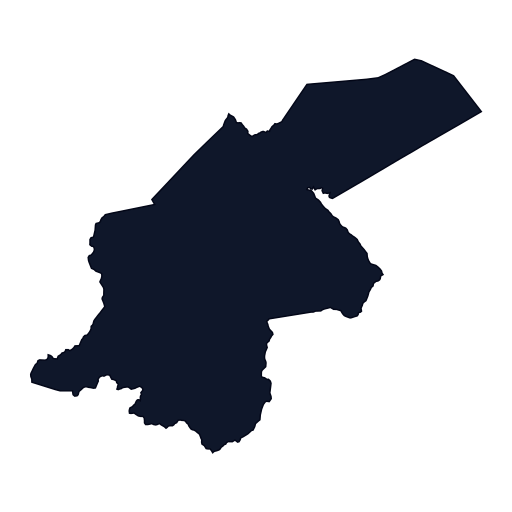 Codó, Maranhão, Brazil
{"feature_id": "56859067B76723264051142", "entity_name": "Codó", "entity_type": "district", "adm_level": 2, "iso_a3": "BRA", "parent_name": "Brazil", "parent_adm1": "Maranhão", "projection": "mercator", "projection_center": [-43.953, -4.619], "detail": "fine", "context": "isolated", "style": "filled", "palette": "ink", "viewbox_px": 512, "rotation_deg": 0, "n_neighbors": 0, "source": "geoboundaries", "source_scale": "gbopen_adm2", "svg_char_len": 5909}
<svg xmlns="http://www.w3.org/2000/svg" viewBox="0 0 512 512"><path d="M453.6,75.8L447.9,73.1L428.2,64.0L421.4,60.8L414.6,59.3L385.3,74.6L378.2,77.8L366.5,79.3L338.7,81.7L312.7,83.9L307.0,84.4L306.0,85.8L284.6,117.3L283.7,118.7L282.8,119.9L281.9,121.7L278.9,123.2L276.9,124.0L274.9,123.7L274.0,125.0L272.0,126.7L271.0,128.4L269.9,130.0L269.5,131.4L267.3,131.0L266.1,132.5L263.1,131.4L261.0,132.1L259.9,133.0L258.5,133.4L257.3,134.6L255.0,134.8L253.5,135.6L252.0,136.6L250.1,135.4L247.7,133.5L247.9,131.3L246.5,129.1L244.7,128.0L243.7,126.3L242.1,124.5L241.2,123.0L239.8,122.7L238.3,122.9L236.4,122.7L235.4,119.7L233.6,117.0L232.2,116.2L230.1,115.1L228.8,113.9L228.1,115.6L227.9,117.0L227.2,118.2L226.0,119.6L225.3,120.6L224.6,122.4L223.6,125.1L223.3,126.5L207.4,141.8L194.3,154.5L184.5,164.9L165.4,185.2L151.9,199.5L154.7,204.5L119.7,211.6L112.1,213.1L105.3,214.7L103.9,216.5L102.0,217.9L100.9,219.8L100.4,221.4L99.3,222.7L96.1,223.5L95.5,224.9L95.1,230.3L94.4,233.3L93.8,235.9L93.4,237.2L91.1,237.7L90.0,239.5L90.0,242.9L89.9,244.7L91.7,246.2L93.4,246.5L94.1,247.7L94.4,249.9L93.6,252.1L91.2,255.1L89.3,255.6L88.2,257.4L88.5,260.2L89.1,262.2L91.5,268.3L94.0,269.4L96.0,271.2L98.2,272.0L100.6,272.9L101.7,273.8L101.9,276.1L101.4,278.5L100.4,280.6L99.9,281.9L102.2,285.5L103.4,287.4L103.9,289.0L103.9,290.6L103.8,293.6L103.8,295.4L102.4,297.4L102.1,298.9L103.8,303.1L104.8,306.6L103.7,308.1L102.1,310.1L99.9,313.1L98.8,314.3L97.4,316.1L96.6,317.2L95.3,318.8L94.0,320.7L93.5,322.3L93.2,323.8L92.5,325.1L91.2,326.3L91.1,328.9L90.3,330.7L89.3,332.4L87.2,335.1L84.9,335.5L83.4,337.0L82.9,338.5L81.8,339.6L79.2,345.7L75.0,345.9L73.9,347.6L72.3,349.2L69.8,350.7L68.4,349.7L65.8,349.7L65.2,351.3L64.4,352.3L61.9,353.1L60.9,354.5L59.7,355.3L58.2,356.2L57.7,357.5L57.2,358.9L54.6,358.8L53.1,358.4L52.0,356.7L50.6,355.6L48.2,354.8L48.2,357.3L47.2,359.3L45.2,360.2L39.6,359.9L38.0,360.7L37.5,362.2L37.0,363.5L35.5,364.5L33.4,368.3L32.0,371.3L31.0,373.3L30.7,374.6L30.9,376.6L31.8,379.0L31.9,382.2L55.2,389.5L60.1,390.8L72.5,390.8L72.8,392.9L73.1,394.7L74.7,396.1L77.0,395.8L78.1,394.7L79.0,391.4L80.5,390.2L81.7,389.1L82.6,388.2L83.6,387.4L85.1,386.8L86.8,386.8L88.5,387.3L90.8,387.6L93.5,388.2L95.4,387.9L97.3,383.3L98.3,381.0L98.0,379.5L99.4,377.1L102.1,375.7L104.0,376.1L106.8,374.7L109.7,375.1L110.9,377.5L111.8,379.2L113.5,379.5L114.7,380.0L116.4,380.9L116.7,382.6L118.4,384.3L117.6,386.3L117.4,387.9L116.9,389.1L118.2,389.6L119.4,389.1L121.3,388.6L122.5,387.7L124.3,387.3L126.5,387.0L128.3,387.0L129.7,388.0L131.2,389.2L134.9,388.3L136.6,387.4L139.7,386.2L141.6,387.4L142.6,388.5L142.9,389.9L142.2,391.1L140.9,392.6L141.5,394.6L140.5,396.1L140.3,397.7L140.5,399.2L140.2,400.7L138.9,399.7L137.4,399.9L136.3,401.2L135.7,402.6L134.9,404.3L133.6,405.2L132.5,406.6L131.2,407.3L130.0,407.9L129.5,409.3L129.2,411.0L129.5,413.2L130.9,413.4L132.7,413.2L134.1,413.0L135.7,414.2L138.3,415.9L140.7,416.4L143.0,416.4L144.2,417.9L144.5,420.5L144.5,422.9L145.6,424.5L147.9,424.5L149.8,424.1L151.8,423.6L153.6,424.5L155.6,424.9L157.0,424.6L159.5,423.5L161.1,424.8L163.0,425.9L164.4,426.7L166.0,428.2L167.1,427.4L168.4,426.0L170.1,425.7L172.5,425.7L173.8,424.8L174.6,423.6L176.6,422.7L178.2,420.2L180.5,420.0L181.9,420.4L183.5,420.4L185.3,421.0L186.6,422.9L188.1,424.1L189.0,426.2L190.9,428.9L192.3,429.7L194.1,430.1L195.8,431.1L197.0,432.2L199.5,434.2L200.4,436.5L201.1,438.5L201.8,439.8L201.6,442.1L202.0,444.1L204.3,445.6L206.2,448.6L207.9,448.9L210.1,448.9L211.6,450.8L212.7,452.7L213.8,451.6L215.1,451.1L216.8,450.7L219.0,449.9L220.0,449.1L221.2,447.2L222.9,446.0L224.2,444.6L225.7,444.1L226.5,442.6L228.1,441.6L232.3,441.7L234.9,440.1L236.1,440.9L237.6,442.1L239.0,441.7L240.2,439.7L240.7,437.9L243.2,436.7L247.9,433.8L251.6,430.4L253.0,430.1L254.7,426.7L255.5,423.6L258.5,420.9L259.9,419.8L260.3,414.9L261.6,409.1L263.4,404.4L265.2,401.9L266.5,401.2L269.2,401.6L271.2,398.7L271.0,396.4L269.8,392.9L270.5,387.6L271.0,383.3L270.3,381.1L268.5,379.3L266.9,379.4L264.6,377.8L262.0,377.2L261.3,376.0L261.4,371.7L262.1,370.2L265.7,366.7L266.0,362.9L265.7,361.4L264.7,359.1L264.5,357.2L264.6,355.5L264.9,354.0L265.3,351.8L265.9,350.5L266.5,349.1L267.2,347.5L266.6,345.3L266.5,343.5L267.5,342.3L269.0,341.1L269.6,339.1L270.8,337.4L271.6,335.8L272.9,334.4L272.4,332.4L269.3,329.1L268.1,326.0L267.8,324.4L266.6,321.5L268.0,320.2L269.2,318.8L310.8,312.1L313.5,312.0L315.4,311.1L320.8,310.9L322.5,309.7L324.5,308.9L328.2,308.0L330.4,307.4L333.6,309.3L336.6,309.4L340.9,310.7L342.0,312.7L343.1,314.3L344.3,315.6L345.7,316.3L348.6,317.4L350.1,317.9L351.4,317.7L354.6,316.6L357.1,315.9L358.1,314.6L358.3,312.8L360.5,312.1L361.5,311.2L361.0,308.2L362.3,305.3L362.8,303.3L364.3,301.8L365.9,300.7L366.7,298.8L367.7,296.3L368.1,295.0L368.9,291.9L370.2,289.8L371.3,287.4L373.0,286.0L373.5,283.3L374.7,282.5L375.6,281.5L378.1,280.9L379.5,279.9L380.2,278.8L380.7,275.9L383.0,274.6L382.0,273.1L381.5,271.0L380.0,269.0L377.9,267.0L375.8,265.4L373.1,264.6L371.1,264.0L370.0,263.1L368.6,260.7L367.9,259.0L367.3,256.9L367.1,255.0L367.0,253.4L365.7,251.8L364.1,249.6L362.5,247.8L360.8,245.9L360.0,244.0L358.3,241.9L357.2,239.5L355.5,238.0L354.2,237.0L352.4,235.9L351.2,234.8L349.6,233.9L348.2,232.5L347.7,231.2L347.2,229.8L345.7,228.1L344.0,227.4L342.7,227.0L341.6,226.1L340.0,224.2L339.4,222.9L339.1,221.6L338.2,219.7L336.1,218.1L334.9,217.5L333.4,216.8L332.1,215.7L331.1,214.0L329.9,212.7L328.9,211.8L327.9,210.3L326.4,209.3L325.0,208.3L323.2,206.3L321.3,203.9L320.5,202.3L318.4,200.0L315.5,198.1L313.7,193.4L311.5,190.8L309.2,190.2L306.8,189.5L307.7,187.7L309.8,187.4L310.7,188.9L312.2,189.1L313.5,186.9L315.1,189.8L316.9,188.6L320.0,188.5L321.3,187.6L322.6,188.4L322.1,190.7L323.3,193.3L324.9,192.9L327.4,193.4L330.0,192.7L329.0,196.0L329.5,197.4L331.0,198.0L332.5,198.4L363.9,180.1L374.9,173.6L395.0,161.7L400.4,158.5L413.9,150.7L421.2,146.3L454.6,127.1L458.8,124.7L481.3,111.6L453.6,75.8Z" fill="#0f172a" stroke="#020617" stroke-width="1.5"/></svg>